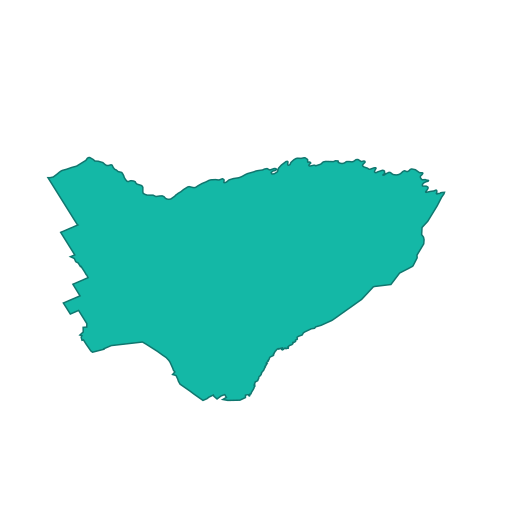 Dunikas pag., Rucavas, Latvia, rotated 346°
{"feature_id": "27541924B90244884039067", "entity_name": "Dunikas pag.", "entity_type": "district", "adm_level": 2, "iso_a3": "LVA", "parent_name": "Latvia", "parent_adm1": "Rucavas", "projection": "natural_earth1", "projection_center": [21.341, 56.279], "detail": "fine", "context": "isolated", "style": "filled", "palette": "teal", "viewbox_px": 512, "rotation_deg": 346, "n_neighbors": 0, "source": "geoboundaries", "source_scale": "gbopen_adm2", "svg_char_len": 6076}
<svg xmlns="http://www.w3.org/2000/svg" viewBox="0 0 512 512"><g transform="rotate(346 256 256)"><path d="M66.7,292.6L66.8,295.7L68.3,295.7L69.8,300.3L72.8,308.2L74.1,309.8L85.9,309.7L85.9,309.2L93.9,307.9L125.0,312.0L128.1,315.0L137.3,324.7L141.6,329.8L144.3,332.8L146.2,336.3L146.9,338.3L148.1,345.0L148.2,346.7L149.2,348.9L146.4,350.8L149.5,352.6L150.3,356.5L150.4,358.6L151.3,362.0L159.1,370.9L162.4,375.0L169.6,383.3L173.9,382.6L176.4,381.5L181.0,380.6L181.2,381.9L183.6,385.3L188.4,383.3L192.1,382.9L193.1,386.0L189.1,387.2L193.7,389.3L205.5,392.0L211.5,390.8L212.1,388.5L214.0,388.5L215.4,388.9L215.6,389.1L215.3,389.8L215.4,390.0L215.7,390.2L215.9,390.2L216.6,389.2L216.8,388.5L217.6,388.6L217.8,388.4L219.0,386.8L220.8,385.1L222.0,383.8L222.1,383.3L223.5,381.9L223.0,381.6L222.9,381.0L223.3,380.3L223.8,380.1L223.7,379.6L224.5,378.6L224.9,377.9L226.1,377.8L227.6,377.3L227.7,377.1L227.8,376.6L228.9,375.6L229.3,374.5L229.7,374.0L230.1,373.6L231.0,373.3L232.3,372.3L232.5,371.8L233.0,371.2L233.0,370.7L235.9,368.6L236.9,367.2L238.1,366.0L237.9,365.4L238.0,365.2L239.0,364.9L239.6,364.0L240.6,363.2L240.0,362.9L240.3,362.1L242.2,361.1L242.8,360.6L242.8,360.4L242.5,360.2L243.9,359.2L244.5,358.0L245.4,357.4L248.5,356.8L249.0,356.5L249.1,356.4L248.8,356.2L249.3,355.3L250.0,354.9L250.4,354.2L250.9,353.9L251.5,353.1L252.1,352.9L252.6,352.4L253.9,351.6L255.1,351.2L255.5,351.3L255.4,351.8L255.6,351.9L257.0,351.5L259.1,351.6L258.8,352.0L259.0,352.2L258.2,352.6L258.1,352.8L259.0,353.5L260.0,353.2L259.8,352.9L261.6,352.4L261.9,352.6L262.3,352.5L262.8,352.8L262.8,353.2L264.0,353.1L264.8,353.3L264.8,352.9L265.2,352.7L265.0,351.9L265.8,351.6L266.6,351.0L269.3,350.7L270.7,349.9L270.6,349.2L271.0,348.7L272.4,348.9L273.6,348.5L273.8,348.3L273.8,347.4L274.0,347.1L275.7,346.9L276.0,346.6L276.1,345.0L276.3,344.7L277.8,344.2L281.7,343.8L283.3,342.1L284.8,341.5L292.1,340.0L295.3,340.3L296.8,339.2L302.4,339.0L314.2,336.8L315.4,336.4L348.1,323.6L362.4,314.3L364.1,314.3L380.0,316.3L391.2,307.3L405.4,303.9L406.1,303.4L411.9,296.8L412.4,294.1L421.7,284.8L423.0,280.9L423.1,278.3L421.9,275.3L424.0,268.5L431.0,263.9L443.9,251.2L450.4,243.8L453.4,241.2L454.3,239.8L452.1,239.4L450.5,239.3L449.5,239.8L448.3,239.5L446.9,239.6L446.5,239.5L446.2,239.3L446.1,239.0L446.9,237.9L447.2,236.3L447.0,235.8L446.3,235.6L444.1,235.9L440.5,235.5L436.9,235.5L436.4,235.3L436.1,235.1L436.1,234.8L436.4,234.4L437.3,233.9L438.9,232.4L439.4,231.7L439.5,230.9L439.2,230.4L438.0,229.4L434.9,228.6L434.5,228.2L434.6,227.2L435.5,226.2L436.4,225.7L438.7,225.1L441.0,225.1L441.6,224.5L441.4,224.2L440.0,223.7L438.7,222.8L436.0,222.3L435.3,221.8L434.7,220.5L434.5,219.8L434.7,218.7L435.2,218.0L436.5,217.4L437.4,216.7L437.8,216.3L437.8,215.7L437.5,215.5L434.9,214.7L434.2,214.0L431.6,210.9L431.1,210.6L428.1,209.2L426.7,209.3L424.7,210.5L423.3,210.7L422.6,210.5L420.9,209.3L420.5,209.2L418.8,209.6L416.1,211.1L413.9,211.5L411.7,211.3L409.1,210.3L408.3,209.7L406.6,207.5L405.3,207.0L402.7,207.5L400.1,208.4L398.9,208.4L398.8,208.1L399.1,207.7L400.8,207.2L401.1,206.9L400.9,205.6L401.0,205.0L401.2,204.8L400.7,204.0L399.5,203.4L394.4,203.8L392.7,204.2L391.9,204.0L391.3,203.1L392.0,201.7L393.6,200.1L393.7,199.7L393.4,199.3L392.0,199.0L387.5,199.4L386.8,199.2L386.2,198.7L385.5,197.8L382.4,195.8L381.4,194.7L381.3,193.9L381.9,193.0L384.4,191.5L384.6,190.8L384.4,190.3L383.5,189.9L381.5,189.9L380.8,189.7L378.5,187.2L377.8,186.9L376.4,186.7L373.6,187.8L372.5,187.9L371.3,187.7L369.9,187.1L367.0,186.3L365.8,186.5L365.0,186.9L363.7,187.2L361.9,187.1L360.2,186.4L358.6,185.2L358.4,184.7L358.7,184.4L358.6,183.6L356.0,182.8L354.6,183.1L353.7,183.1L346.5,181.1L344.4,181.0L343.5,181.2L341.6,182.3L340.6,182.6L336.0,182.9L335.5,182.8L335.1,182.2L334.8,182.2L334.3,181.9L330.3,181.8L329.5,181.5L329.2,180.7L330.1,179.9L331.5,179.2L331.6,178.9L331.1,178.0L330.2,177.6L329.1,177.6L328.9,177.3L328.9,176.9L329.4,175.2L329.2,174.6L327.7,172.9L327.2,172.5L326.2,172.3L323.4,172.2L319.8,171.1L318.4,171.1L316.2,171.7L314.1,172.8L312.5,173.7L311.2,175.4L310.7,175.7L309.9,175.8L309.4,175.8L308.9,175.3L308.9,174.7L309.7,172.7L309.7,172.1L309.3,171.7L308.0,171.6L302.6,173.9L299.2,176.2L298.6,176.9L297.4,179.2L296.6,179.7L293.8,180.6L292.2,180.5L291.4,180.2L291.0,179.9L290.9,178.7L291.1,178.5L293.0,177.7L294.1,177.6L295.0,177.8L296.3,177.4L296.9,176.8L296.6,176.3L295.7,175.7L294.6,175.5L290.6,175.9L289.8,175.6L288.0,173.9L287.6,173.8L285.1,173.7L283.2,174.1L282.3,174.0L278.4,173.6L276.4,173.5L274.4,173.8L267.6,174.0L265.5,174.4L261.9,175.4L259.5,175.8L257.9,175.9L252.8,175.4L248.9,175.6L248.1,175.7L245.0,177.2L243.4,177.3L242.8,177.1L242.6,176.9L243.3,174.9L243.4,174.4L243.3,174.1L242.5,173.2L242.1,172.9L238.7,173.3L237.8,173.1L235.3,172.1L230.8,171.2L228.8,171.2L225.4,172.0L221.2,172.6L216.8,173.8L214.7,174.6L213.8,174.8L213.0,174.8L211.6,174.4L207.9,172.5L206.4,172.5L201.7,174.0L198.6,175.5L195.7,176.3L194.2,177.0L193.2,177.3L191.5,178.4L187.3,180.0L186.6,180.1L184.7,179.8L183.6,179.3L182.9,178.8L182.1,178.1L181.1,176.2L179.6,175.0L177.4,174.5L173.3,174.1L172.4,173.4L170.9,172.1L165.1,170.6L162.7,169.0L161.6,167.5L161.8,166.0L162.8,162.1L162.6,161.0L162.1,160.1L161.5,159.6L158.0,157.5L157.3,156.5L156.9,155.6L156.8,154.8L155.5,153.7L153.3,152.8L152.4,152.6L150.2,152.9L149.0,152.4L147.9,150.3L147.2,148.1L147.0,145.8L146.5,143.9L146.0,142.6L145.5,142.2L142.6,140.7L141.3,138.8L139.8,137.6L138.9,135.6L138.4,133.2L138.1,132.8L137.5,132.5L136.9,132.4L135.0,132.5L133.1,132.1L131.8,130.9L130.0,128.3L125.9,125.9L122.7,124.9L121.5,123.1L118.5,120.2L117.3,120.0L116.4,120.2L115.8,120.5L114.3,121.9L113.0,122.4L103.6,125.4L98.5,125.5L93.2,126.0L88.8,126.1L87.3,126.4L85.3,127.2L83.1,128.3L78.4,130.3L75.2,130.2L73.1,129.7L88.0,175.6L90.3,182.5L90.6,182.8L72.2,185.8L80.4,211.1L75.8,211.8L79.0,214.4L79.3,215.5L79.6,217.4L79.9,218.1L81.8,219.8L83.1,223.8L83.7,223.7L86.0,230.3L86.7,233.0L87.2,233.6L87.8,236.4L71.5,239.1L75.6,252.1L57.7,255.0L61.8,267.4L70.7,265.9L75.5,280.7L74.6,284.0L71.0,283.4L70.0,287.9L66.0,290.1L67.8,291.2L66.7,292.6Z" fill="#14b8a6" stroke="#0f766e" stroke-width="1.5"/></g></svg>